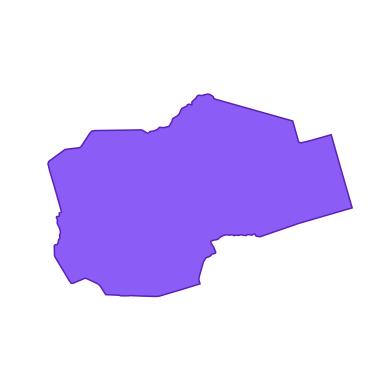 outline of Córdoba, rotated 254°
{"feature_id": "ARG-1299", "entity_name": "Córdoba", "entity_type": "Province", "adm_level": 1, "iso_a3": "ARG", "parent_name": "Argentina", "parent_adm1": "", "projection": "robinson", "projection_center": [-63.644, -32.213], "detail": "fine", "context": "isolated", "style": "filled", "palette": "violet", "viewbox_px": 384, "rotation_deg": 254, "n_neighbors": 0, "source": "natural_earth", "source_scale": "10m", "svg_char_len": 3481}
<svg xmlns="http://www.w3.org/2000/svg" viewBox="0 0 384 384"><g transform="rotate(254 192 192)"><path d="M267.9,81.7L265.7,95.6L265.8,96.9L266.1,97.8L276.1,109.3L278.2,112.5L277.8,115.6L265.9,159.6L265.2,161.3L263.2,163.2L261.3,164.8L260.8,165.5L260.7,166.1L260.7,166.5L261.4,167.7L261.5,167.9L261.6,168.2L261.6,168.6L261.6,169.2L261.3,171.6L261.3,172.4L261.6,175.6L261.7,175.9L261.8,176.2L261.9,176.4L262.4,177.3L262.9,178.0L263.0,178.2L263.0,178.6L263.0,179.1L262.4,180.6L262.0,181.4L261.8,182.3L261.6,183.7L261.4,188.0L262.7,189.3L263.6,190.2L265.0,191.9L265.4,192.2L266.7,192.8L267.6,193.5L268.0,194.2L269.2,198.7L269.6,199.5L270.6,201.3L273.8,203.8L274.3,204.3L275.0,205.2L275.1,205.4L275.4,206.6L275.7,208.3L275.8,210.0L275.9,210.4L276.2,210.8L276.4,211.1L276.9,211.4L277.1,211.7L277.2,212.0L277.2,212.6L277.2,213.1L277.1,213.4L277.0,213.8L276.8,214.3L276.6,214.6L275.9,215.4L275.9,215.7L275.9,215.9L276.2,216.1L276.6,216.2L278.0,216.5L278.5,216.7L278.7,216.9L278.8,217.1L280.1,219.4L280.9,221.3L281.0,221.6L281.2,221.8L282.4,222.8L282.6,223.0L282.7,223.3L283.0,224.1L283.1,224.5L283.1,225.0L283.1,225.4L282.8,226.3L282.1,227.6L282.0,228.7L282.0,231.9L281.9,233.2L281.7,234.2L281.6,234.6L281.0,235.8L279.3,237.5L278.6,238.1L278.0,238.5L277.7,238.6L276.9,238.8L276.6,238.8L275.9,238.7L274.6,240.3L264.4,256.8L250.6,279.1L232.5,308.4L210.7,308.3L209.2,310.1L208.8,319.0L208.7,341.6L183.1,341.5L159.4,341.5L132.6,341.6L132.4,285.8L130.2,245.2L130.3,244.9L130.5,244.4L131.8,241.8L132.0,241.6L132.1,241.4L132.3,241.3L132.7,241.1L133.8,240.9L134.1,240.8L134.4,240.6L134.6,240.2L134.7,239.9L134.6,239.6L134.1,238.3L134.1,237.4L134.3,236.9L135.5,234.6L135.7,233.9L135.8,233.4L135.4,232.5L135.3,231.8L135.4,231.4L135.5,231.1L137.2,227.8L137.4,227.2L137.4,226.8L137.5,224.9L137.6,224.4L137.7,224.0L138.3,222.9L138.4,222.5L138.5,222.2L138.4,221.5L138.4,220.9L138.5,220.5L138.6,220.2L139.3,219.6L139.6,219.1L139.8,218.8L139.9,218.4L140.2,216.2L141.2,213.8L141.5,212.3L141.6,210.5L141.6,210.0L141.6,209.8L141.2,208.6L141.0,207.6L140.8,206.5L139.7,204.6L139.5,204.0L139.4,203.6L139.4,202.3L139.6,200.9L139.7,199.5L139.6,197.8L139.5,197.1L139.4,196.6L139.2,196.4L138.9,196.3L138.7,196.2L138.4,196.1L138.1,196.2L137.2,196.4L132.8,197.7L127.9,198.2L127.3,198.1L127.1,198.0L126.9,197.7L126.8,197.1L126.7,196.8L126.8,194.5L126.7,194.0L126.6,193.7L125.8,192.7L125.4,191.7L125.1,190.6L125.0,190.0L125.0,189.4L125.0,188.4L125.0,188.1L124.8,187.3L124.6,186.9L124.3,186.6L123.0,185.3L121.8,183.8L109.2,176.0L106.9,174.8L105.5,174.4L101.5,174.4L101.2,160.2L101.0,141.4L100.9,132.1L101.4,128.8L104.4,119.6L104.9,117.9L105.8,115.2L109.5,103.9L109.6,103.0L109.9,101.5L111.0,97.8L111.6,95.6L111.8,95.0L112.8,93.5L113.4,91.9L117.1,80.8L126.8,77.9L129.1,76.6L133.0,72.4L137.9,66.7L138.4,65.8L138.5,64.8L137.1,52.4L137.5,50.7L140.7,49.5L154.0,46.0L162.5,43.7L167.5,42.4L169.3,42.4L178.2,44.8L178.6,45.0L178.8,45.2L178.9,45.8L178.8,47.2L178.6,47.8L179.0,48.3L179.6,48.9L183.0,50.7L183.2,50.9L183.6,51.7L183.9,52.1L184.2,52.3L187.1,52.9L187.6,53.1L187.8,53.3L188.3,53.8L188.9,54.1L189.3,54.3L189.6,54.5L192.3,54.7L193.2,54.7L198.6,53.8L199.3,53.9L202.5,54.9L203.0,55.0L204.6,54.6L205.0,54.6L205.3,54.8L205.5,55.0L205.6,55.5L205.6,55.9L205.4,57.3L205.4,57.6L205.6,57.9L206.0,58.1L207.6,58.3L208.1,58.5L208.4,58.7L208.4,58.9L208.5,59.2L208.5,60.2L208.5,60.6L208.8,60.9L208.9,61.0L209.9,61.1L235.8,61.2L251.4,61.0L258.8,61.3L260.9,62.8L267.9,81.7Z" fill="#8b5cf6" stroke="#5b21b6" stroke-width="1.5"/></g></svg>